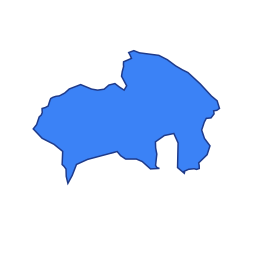 an SVG outline of Nuvara Ĕliya, rotated 215°
{"feature_id": "LKA-2450", "entity_name": "Nuvara Ĕliya", "entity_type": "District", "adm_level": 1, "iso_a3": "LKA", "parent_name": "Sri Lanka", "parent_adm1": "", "projection": "orthographic", "projection_center": [80.707, 7.013], "detail": "fine", "context": "isolated", "style": "filled", "palette": "blue", "viewbox_px": 256, "rotation_deg": 215, "n_neighbors": 0, "source": "natural_earth", "source_scale": "10m", "svg_char_len": 1209}
<svg xmlns="http://www.w3.org/2000/svg" viewBox="0 0 256 256"><g transform="rotate(215 128 128)"><path d="M110.7,207.8L93.9,205.5L78.0,202.0L70.6,201.4L64.3,196.5L65.4,193.4L67.7,191.2L65.6,188.9L65.8,183.9L69.4,180.8L68.9,176.6L66.5,168.6L59.4,163.3L50.6,160.4L47.9,151.5L50.1,140.0L48.1,138.0L46.4,135.7L48.1,133.4L50.4,132.6L54.7,128.9L57.3,124.5L56.3,124.2L55.9,123.2L64.7,124.0L78.4,144.5L87.3,149.8L93.9,142.7L97.6,132.4L93.9,127.5L89.4,123.1L84.0,113.2L81.6,112.2L79.1,112.9L86.1,107.4L97.1,108.7L103.3,107.4L112.2,101.2L118.2,101.1L123.4,102.5L143.1,79.1L149.3,68.6L146.5,57.1L145.5,48.2L150.8,52.9L155.2,58.8L158.4,59.9L161.0,60.3L168.1,71.4L179.3,72.2L192.4,70.3L205.1,72.9L204.8,78.4L207.1,86.1L206.5,88.9L207.1,91.5L208.5,93.2L209.6,94.7L207.5,97.3L206.0,100.2L207.7,105.6L208.2,107.8L207.1,110.1L205.2,112.6L202.7,114.9L199.9,120.3L198.5,126.3L191.7,136.4L180.1,139.0L174.6,141.6L169.8,146.1L168.3,152.2L164.2,156.9L158.4,156.6L152.9,156.8L153.3,161.8L163.0,166.7L165.1,171.0L166.8,175.7L168.3,177.6L169.6,179.7L165.1,187.0L167.9,188.8L170.7,190.2L167.6,194.7L161.8,196.1L144.4,205.2L134.9,206.5L124.7,206.2L117.1,206.8L110.7,207.8Z" fill="#3b82f6" stroke="#1e3a8a" stroke-width="1.5"/></g></svg>